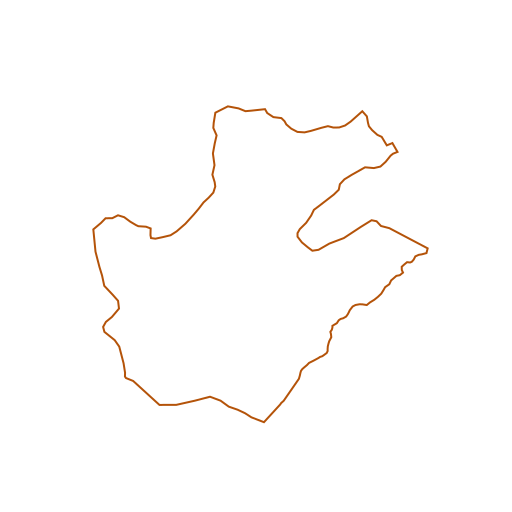 Telupid, Sabah, Malaysia (Equal Earth projection), rotated 55°
{"feature_id": "92858781B69032818816249", "entity_name": "Telupid", "entity_type": "district", "adm_level": 2, "iso_a3": "MYS", "parent_name": "Malaysia", "parent_adm1": "Sabah", "projection": "equal_earth", "projection_center": [117.165, 5.794], "detail": "fine", "context": "isolated", "style": "outline", "palette": "amber", "viewbox_px": 512, "rotation_deg": 55, "n_neighbors": 0, "source": "geoboundaries", "source_scale": "gbopen_adm2", "svg_char_len": 2420}
<svg xmlns="http://www.w3.org/2000/svg" viewBox="0 0 512 512"><g transform="rotate(55 256 256)"><path d="M140.9,374.0L160.4,385.0L175.1,390.5L183.7,393.3L193.4,397.4L205.7,395.6L213.6,394.7L220.5,398.4L223.3,409.0L223.9,416.8L226.4,421.9L231.2,423.7L243.9,420.0L251.8,420.0L267.9,426.0L276.5,430.2L279.6,432.5L281.4,432.5L287.9,428.3L322.6,420.5L332.2,406.7L339.4,389.2L344.9,374.4L354.2,368.0L363.8,364.7L371.4,359.2L378.6,355.1L385.5,352.3L396.7,344.8L391.5,321.3L390.9,319.8L390.5,316.4L381.2,291.3L379.2,288.8L377.0,286.4L375.9,285.0L375.2,283.0L374.9,280.5L374.6,276.9L374.0,273.9L374.7,269.2L375.0,266.7L375.4,263.2L375.4,261.5L376.1,259.2L376.1,257.1L376.0,253.7L374.9,251.8L373.3,250.7L371.2,249.0L369.2,246.7L367.8,244.9L365.7,240.9L363.0,239.4L362.5,239.2L360.8,238.6L359.9,236.2L358.5,234.5L357.0,233.4L357.4,228.3L356.1,225.1L356.1,222.8L357.0,220.3L357.3,216.9L356.4,214.3L355.2,212.0L354.2,210.3L352.8,205.8L353.2,202.6L354.9,198.9L356.6,196.6L359.7,193.4L359.4,189.3L359.7,184.2L359.4,179.6L358.7,175.0L356.9,170.8L355.6,168.1L355.6,163.0L353.5,159.3L352.8,152.4L354.2,149.2L353.9,145.1L351.1,144.6L348.4,142.8L348.0,139.5L347.7,135.8L349.7,133.5L350.1,131.7L349.4,128.9L347.7,125.7L348.4,122.0L349.7,119.3L351.4,114.7L348.2,111.0L309.7,130.8L303.1,136.4L296.7,137.3L293.0,140.8L292.3,153.2L291.7,173.8L289.3,183.2L287.9,188.8L286.8,201.2L284.0,206.8L278.5,208.6L271.2,210.6L264.0,210.9L261.1,208.9L259.1,204.7L257.6,195.9L254.5,187.6L251.4,182.1L251.2,175.9L250.3,157.0L249.2,150.2L245.3,146.1L243.9,139.6L244.4,131.1L245.9,115.8L251.6,109.0L254.1,102.8L253.2,95.7L251.0,88.1L250.8,85.1L251.9,80.4L241.7,79.5L240.4,85.4L230.5,84.7L226.4,87.1L219.5,88.7L214.5,89.1L211.2,87.9L205.2,85.1L198.4,85.9L200.2,101.4L200.2,108.2L198.4,114.2L195.1,119.0L190.9,122.6L188.5,128.9L185.0,139.3L182.6,145.3L178.1,150.9L171.9,154.1L165.6,155.7L162.0,155.3L157.6,156.1L152.2,162.1L145.4,164.8L140.9,164.4L134.3,176.4L131.3,181.6L125.1,185.6L117.3,193.2L115.3,207.1L122.7,214.3L126.6,217.5L134.6,219.1L140.0,225.1L147.1,232.3L147.7,232.7L157.8,237.9L164.4,245.1L171.8,247.5L175.7,249.5L179.6,254.6L181.1,261.4L182.0,268.2L184.4,275.8L186.4,283.4L189.1,295.4L190.3,306.9L190.0,314.1L187.0,321.7L184.1,328.5L181.1,331.7L178.4,330.5L173.0,326.5L168.9,329.3L164.1,335.3L162.0,336.5L155.8,339.3L148.6,341.7L143.5,345.7L142.6,352.0L138.8,357.6L140.0,364.0L140.9,374.0Z" fill="none" stroke="#b45309" stroke-width="2"/></g></svg>